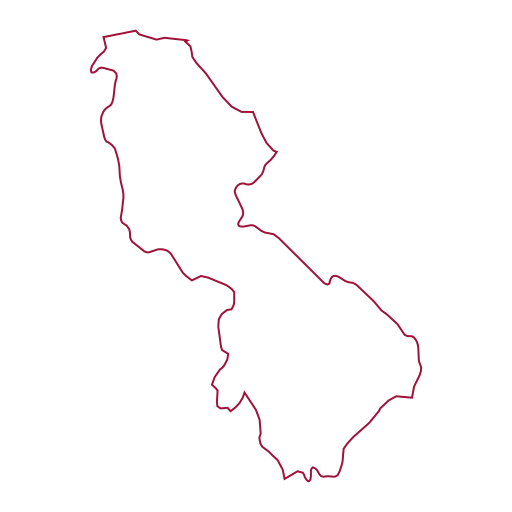 an SVG outline of Leitrim
{"feature_id": "IRL-730", "entity_name": "Leitrim", "entity_type": "County", "adm_level": 1, "iso_a3": "IRL", "parent_name": "Ireland", "parent_adm1": "", "projection": "mercator", "projection_center": [-8.037, 54.143], "detail": "fine", "context": "isolated", "style": "outline", "palette": "rose", "viewbox_px": 512, "rotation_deg": 0, "n_neighbors": 0, "source": "natural_earth", "source_scale": "10m", "svg_char_len": 2988}
<svg xmlns="http://www.w3.org/2000/svg" viewBox="0 0 512 512"><path d="M187.5,40.5L185.4,41.7L190.4,46.4L191.6,51.6L192.4,57.1L196.2,62.7L205.7,73.2L222.4,96.9L231.6,106.6L241.5,111.9L253.0,112.0L261.4,133.2L266.5,142.9L273.3,150.5L276.7,151.9L274.5,155.3L271.0,159.6L266.4,163.7L265.3,165.0L264.4,166.8L263.8,169.3L263.1,171.6L262.1,173.8L260.7,175.6L254.2,182.2L252.8,183.3L250.8,184.2L248.6,184.5L246.3,184.3L244.2,183.5L241.7,183.5L239.8,184.0L237.9,185.3L236.4,187.0L235.3,189.0L234.7,191.3L235.4,194.4L242.4,209.0L243.2,212.3L243.0,214.8L242.0,217.1L240.6,219.1L238.9,221.8L238.1,224.0L238.7,225.7L240.0,226.4L243.4,226.6L251.1,225.2L253.2,225.4L255.1,226.2L261.6,231.0L264.9,232.5L273.6,234.2L279.0,238.3L324.3,283.3L327.5,284.5L329.4,283.6L329.9,281.1L330.7,278.9L332.0,277.0L333.7,276.0L336.1,275.9L338.6,276.8L345.4,281.1L348.5,282.2L353.1,282.9L356.4,284.8L373.8,301.3L381.5,310.5L386.9,314.4L397.6,324.3L404.6,334.8L407.2,336.0L409.6,336.2L411.7,336.2L413.8,337.3L415.7,339.7L416.9,341.9L417.8,344.6L418.3,347.8L418.8,360.0L419.1,361.7L420.5,365.4L421.2,367.7L420.9,371.0L419.7,375.1L414.1,386.5L412.0,397.7L396.2,396.3L388.6,400.5L380.4,408.2L378.9,411.1L369.3,422.8L353.3,437.0L347.1,443.8L343.6,448.9L343.4,451.8L343.1,454.6L342.7,460.2L342.3,462.9L340.7,468.2L339.7,471.1L337.7,475.1L335.5,476.5L333.1,476.7L328.1,476.2L323.4,476.7L321.1,476.1L319.6,474.6L317.2,470.4L315.5,468.6L312.9,467.4L311.5,468.6L310.9,470.6L310.9,476.2L310.4,479.6L309.2,481.0L308.3,481.3L306.9,480.2L305.8,478.8L304.7,476.8L304.0,474.6L302.8,472.7L297.5,471.3L284.6,478.9L282.7,469.6L277.6,460.1L272.8,455.7L268.5,451.4L262.2,446.7L260.3,443.3L259.3,437.7L260.7,433.6L259.6,419.7L255.9,409.8L244.5,392.5L242.7,397.8L239.6,402.9L235.4,407.4L230.6,411.2L227.6,407.8L220.5,408.4L217.4,406.2L216.9,401.9L217.6,390.6L215.9,388.3L211.9,384.7L214.8,376.9L220.0,369.5L222.7,367.3L224.4,365.1L227.3,359.5L228.2,353.9L222.0,350.0L221.0,346.7L218.3,326.8L218.8,319.2L221.8,314.0L227.0,310.0L231.4,309.4L232.5,307.5L233.4,305.6L234.1,303.3L234.2,300.7L234.2,292.1L231.6,288.9L226.7,285.3L208.1,277.6L201.0,276.0L191.9,280.4L186.0,275.9L182.7,272.6L170.9,253.8L169.4,252.3L167.7,251.0L165.4,250.0L162.9,249.4L160.2,249.2L157.7,249.4L148.8,252.4L146.4,252.2L144.3,251.3L132.3,241.8L131.0,239.8L130.1,237.3L130.0,232.9L129.3,229.3L126.7,225.7L122.2,222.6L121.2,220.6L120.7,217.8L122.1,209.8L123.4,198.0L123.4,194.3L122.8,190.0L120.9,182.3L119.9,176.5L119.3,166.3L118.1,159.3L114.9,148.5L111.7,144.8L108.8,142.6L106.5,141.6L105.2,139.6L104.2,136.9L101.2,123.2L101.0,120.2L101.3,116.7L103.4,111.6L105.4,109.0L107.5,107.3L109.5,106.0L111.2,104.6L112.5,101.6L113.5,97.3L114.9,84.7L115.6,81.2L116.5,78.7L116.8,76.3L116.3,73.6L113.7,70.7L103.1,67.8L100.8,67.7L98.8,68.5L95.7,71.5L93.8,72.5L91.5,72.4L90.8,70.2L91.9,66.1L97.3,57.7L100.8,54.1L103.7,51.8L106.1,48.0L103.8,37.9L103.5,37.1L135.7,30.7L139.3,34.4L156.5,39.6L164.5,37.8L186.3,40.2L187.1,40.4L187.5,40.5Z" fill="none" stroke="#9f1239" stroke-width="2"/></svg>